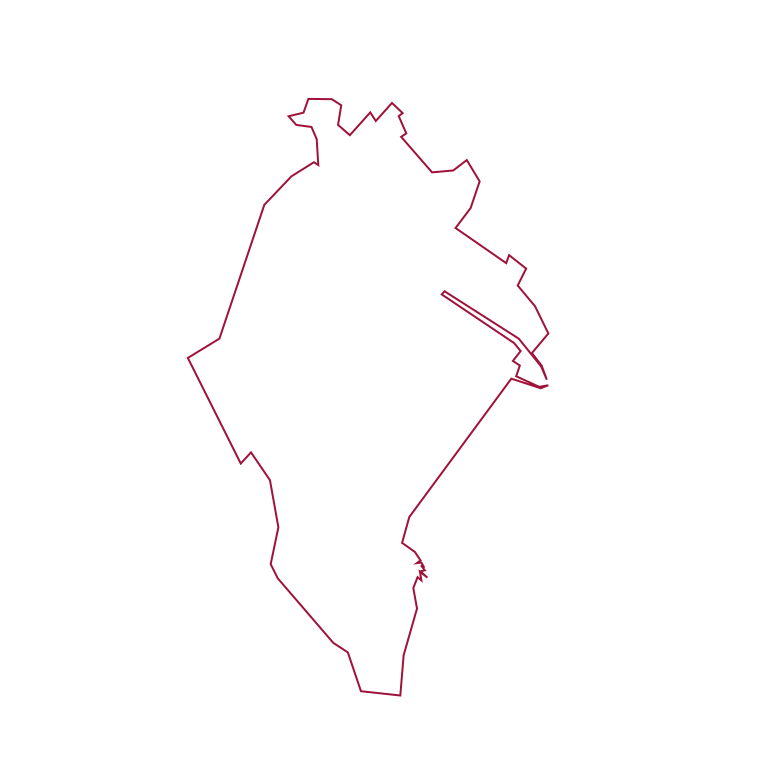 the district of Bray East Lea-4, Dún Laoghaire–Rathdown, Ireland, rotated 66°
{"feature_id": "5873133B23130465249545", "entity_name": "Bray East Lea-4", "entity_type": "district", "adm_level": 2, "iso_a3": "IRL", "parent_name": "Ireland", "parent_adm1": "Dún Laoghaire–Rathdown", "projection": "natural_earth1", "projection_center": [-6.106, 53.199], "detail": "fine", "context": "isolated", "style": "outline", "palette": "rose", "viewbox_px": 768, "rotation_deg": 66, "n_neighbors": 0, "source": "geoboundaries", "source_scale": "gbopen_adm2", "svg_char_len": 1112}
<svg xmlns="http://www.w3.org/2000/svg" viewBox="0 0 768 768"><g transform="rotate(66 384 384)"><path d="M100.6,362.2L111.6,358.8L119.7,345.7L133.0,345.9L157.3,355.0L152.9,357.8L156.6,384.0L171.6,420.4L275.6,515.9L280.4,552.6L398.4,547.2L392.4,533.3L425.5,527.3L472.0,538.8L502.5,560.8L518.3,560.1L599.9,535.6L614.5,526.2L655.3,530.0L675.2,495.8L639.8,476.4L602.6,445.2L582.3,440.2L574.1,431.9L578.6,429.7L570.1,427.5L578.5,423.1L570.0,426.9L570.8,422.5L564.7,424.0L568.2,421.9L562.3,422.5L561.0,426.8L560.0,422.4L550.0,424.1L536.5,432.1L515.8,415.0L430.9,265.5L451.6,242.6L452.0,234.4L449.7,243.4L430.7,260.1L422.4,252.4L415.4,256.9L409.5,245.8L399.5,248.5L325.7,294.8L323.9,291.0L397.5,242.4L431.8,233.3L446.3,233.5L431.4,232.5L415.9,236.3L404.7,213.3L374.4,214.4L348.4,221.8L336.4,207.2L317.2,217.3L323.3,223.2L270.6,255.2L258.5,233.3L237.8,214.2L213.1,217.3L217.1,233.9L210.2,254.0L165.2,267.8L164.1,261.7L145.3,261.6L144.1,256.8L130.5,262.4L140.4,284.5L130.3,286.1L142.8,314.0L128.6,320.6L112.0,309.7L102.6,315.8L92.8,337.1L103.4,347.2L100.6,362.2Z" fill="none" stroke="#9f1239" stroke-width="2"/></g></svg>